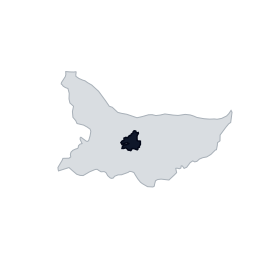 Străşeni on a map of Moldova (Natural Earth projection), rotated 127°
{"feature_id": "MDA-1647", "entity_name": "Străşeni", "entity_type": "District", "adm_level": 1, "iso_a3": "MDA", "parent_name": "Moldova", "parent_adm1": "", "projection": "natural_earth1", "projection_center": [28.587, 47.172], "detail": "fine", "context": "in_parent", "style": "filled", "palette": "ink", "viewbox_px": 256, "rotation_deg": 127, "n_neighbors": 0, "source": "natural_earth", "source_scale": "10m", "svg_char_len": 2616}
<svg xmlns="http://www.w3.org/2000/svg" viewBox="0 0 256 256"><g transform="rotate(127 128 128)"><path d="M51.9,56.3L52.8,54.4L61.8,49.3L64.1,50.1L68.7,50.3L78.2,50.2L82.9,46.8L85.8,47.7L88.2,46.2L92.1,44.3L92.6,44.7L93.1,45.0L99.2,45.9L103.7,47.7L106.8,50.5L109.9,52.3L113.1,52.9L114.9,54.3L115.3,56.5L118.3,57.5L124.0,57.5L126.5,58.9L125.6,61.7L126.2,62.7L128.2,61.7L129.7,62.5L130.5,64.6L131.5,65.6L134.4,62.3L137.4,62.7L144.9,64.0L148.9,70.8L151.3,73.3L153.5,74.3L156.3,73.2L158.7,72.0L160.1,72.6L163.1,77.1L163.8,83.0L163.8,85.4L162.8,89.4L161.2,93.7L160.0,96.5L160.6,98.7L161.6,100.6L163.4,101.2L169.2,105.0L171.4,107.7L174.5,109.6L176.9,109.7L178.1,110.8L178.6,112.1L178.3,115.5L176.9,118.7L177.1,120.7L179.2,123.2L179.5,126.0L179.6,127.8L180.8,129.2L186.1,132.3L193.0,135.2L194.7,137.8L195.8,141.1L195.5,146.5L195.1,151.3L204.1,157.7L203.1,158.9L201.7,160.2L193.1,161.2L191.4,161.7L187.6,156.9L185.6,156.3L183.8,158.1L181.6,159.0L179.0,158.6L176.2,157.1L174.8,156.0L173.7,155.9L171.9,156.9L169.6,156.5L168.1,155.3L165.9,159.4L164.6,160.3L163.7,160.1L163.6,153.2L162.9,152.1L161.2,152.0L157.0,153.6L153.0,155.7L151.7,157.6L151.8,161.1L152.4,165.2L155.1,171.4L153.6,174.1L152.6,178.4L148.3,182.3L143.4,184.6L143.0,189.4L140.3,192.6L135.7,195.8L132.6,199.7L133.4,202.4L133.6,204.9L133.1,206.6L133.0,207.9L131.7,208.5L124.7,209.0L122.7,209.8L120.4,211.7L118.2,208.2L116.0,205.1L114.4,203.4L115.1,202.7L116.8,201.8L118.1,200.7L118.0,197.1L117.0,192.9L116.2,190.8L116.1,187.6L115.5,182.7L116.4,173.5L119.9,161.9L121.9,156.1L120.9,153.0L121.7,145.6L120.2,142.0L117.8,137.3L114.4,127.0L110.2,123.4L105.0,119.5L102.7,116.5L101.3,113.2L98.2,110.0L94.6,107.0L90.4,99.5L88.2,96.1L87.5,95.2L82.7,90.5L80.1,86.1L78.9,82.6L78.1,79.3L74.8,72.8L71.7,68.0L68.8,64.5L67.4,62.1L64.0,59.0L59.1,56.5L56.0,56.1L51.9,56.3Z" fill="#d9dde1" stroke="#a8b0b8" stroke-width="1"/><path d="M145.6,114.6L145.1,116.5L145.4,118.1L146.9,119.1L147.9,120.5L146.0,121.3L144.0,121.0L142.1,119.1L140.1,118.1L140.1,119.7L143.3,122.3L144.8,122.8L143.9,124.9L142.1,124.9L141.0,124.3L140.0,123.9L139.2,124.4L138.6,125.1L136.9,124.2L135.9,122.3L134.6,122.4L133.2,122.3L132.3,121.3L131.0,121.7L130.2,121.5L129.5,121.1L128.6,121.2L127.8,121.6L126.5,121.4L125.8,120.0L126.3,119.3L126.6,118.5L126.1,117.6L125.5,117.1L126.2,116.4L128.3,116.2L129.4,115.7L131.6,114.0L132.4,113.1L132.2,111.7L131.5,111.0L131.1,110.2L133.7,108.2L135.7,108.0L136.5,107.4L137.3,108.0L138.1,108.1L138.8,107.4L139.8,107.5L140.3,108.7L140.6,110.0L141.2,111.4L142.0,112.4L143.4,112.1L144.4,112.2L144.9,113.5L145.6,114.6Z" fill="#0f172a" stroke="#020617" stroke-width="1.5"/></g></svg>